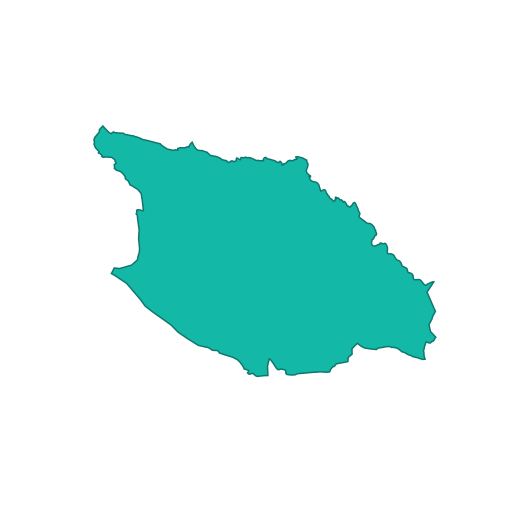 Vidra, Alba, Romania, rotated 27°
{"feature_id": "2599482B12532638103294", "entity_name": "Vidra", "entity_type": "district", "adm_level": 2, "iso_a3": "ROU", "parent_name": "Romania", "parent_adm1": "Alba", "projection": "robinson", "projection_center": [22.929, 46.365], "detail": "fine", "context": "isolated", "style": "filled", "palette": "teal", "viewbox_px": 512, "rotation_deg": 27, "n_neighbors": 0, "source": "geoboundaries", "source_scale": "gbopen_adm2", "svg_char_len": 6114}
<svg xmlns="http://www.w3.org/2000/svg" viewBox="0 0 512 512"><g transform="rotate(27 256 256)"><path d="M267.5,359.0L273.8,358.1L276.7,357.5L281.4,356.8L286.5,356.8L289.5,357.7L293.9,359.8L296.8,362.0L300.4,361.4L301.0,361.3L301.5,361.5L301.8,362.0L301.6,363.1L301.5,364.0L303.5,364.5L304.4,363.9L305.3,363.0L305.7,362.3L306.4,362.1L307.3,362.2L310.1,362.9L311.8,362.7L317.4,359.0L320.9,357.1L316.3,349.0L314.5,341.7L316.4,341.9L320.8,344.2L324.8,346.6L326.9,347.3L328.6,346.5L329.1,345.7L330.8,345.0L333.5,344.4L334.2,344.5L335.0,345.3L335.4,346.1L335.9,347.0L337.3,347.5L339.4,346.8L341.3,346.1L344.8,344.1L346.3,342.1L360.5,333.2L363.0,331.8L366.0,329.9L368.8,328.8L373.2,326.6L374.0,326.0L374.3,324.7L373.9,323.5L374.4,321.0L375.0,319.4L375.7,319.1L375.9,318.7L376.3,316.5L376.6,315.6L385.8,308.4L384.2,304.5L386.2,299.9L383.6,295.0L385.9,287.8L390.2,288.6L394.2,288.7L399.4,287.1L405.7,284.7L406.6,282.6L411.1,279.4L412.0,278.5L416.0,276.0L418.3,275.9L419.7,275.1L422.5,274.3L424.4,274.0L427.5,274.6L429.2,275.1L430.2,275.0L431.0,274.7L433.3,274.6L435.3,274.8L437.0,274.8L439.1,274.3L441.4,274.5L445.1,273.5L447.4,273.1L448.9,273.0L449.7,272.7L451.2,272.6L453.5,271.2L451.8,269.5L450.5,267.8L449.5,265.9L448.5,264.6L448.0,264.1L448.0,262.7L447.3,260.3L446.6,256.1L446.9,255.0L448.8,255.1L449.6,254.9L450.9,254.3L451.1,253.7L451.3,252.7L452.3,251.7L452.8,250.4L452.9,249.5L452.8,247.6L453.1,246.8L445.7,244.0L441.3,238.7L441.4,232.4L440.7,228.8L440.9,228.1L441.0,223.9L424.8,210.6L425.7,202.7L426.1,198.3L425.7,198.5L424.7,199.2L422.0,202.6L421.5,203.3L421.1,204.5L420.5,205.1L419.5,205.2L418.2,204.9L415.1,203.4L413.4,202.8L412.9,202.8L411.8,203.0L408.3,205.1L407.4,205.2L406.7,204.9L404.9,202.3L403.6,201.3L402.4,201.1L400.6,201.2L399.5,201.5L398.8,201.5L398.3,201.0L396.4,198.9L395.8,198.6L395.0,198.5L391.3,198.6L390.5,198.4L388.5,196.4L386.2,195.3L383.0,195.5L380.9,194.5L378.9,193.0L377.5,192.6L375.9,192.6L375.0,192.9L373.7,193.7L372.4,193.9L371.7,193.6L370.6,191.8L370.4,190.9L369.8,189.7L369.0,188.5L367.6,187.2L366.6,186.6L366.3,186.3L365.6,186.1L364.8,186.4L364.4,187.2L363.0,187.6L361.3,187.7L360.7,188.3L360.8,189.1L360.7,189.4L360.3,189.9L359.4,190.7L358.9,191.4L358.7,192.0L357.7,192.7L357.3,193.4L356.2,193.8L355.4,193.8L354.7,193.5L353.9,193.1L353.1,192.2L352.8,191.5L352.1,188.9L352.2,188.4L352.6,188.1L352.9,187.0L352.7,186.1L352.8,185.8L352.8,183.9L353.5,183.1L353.6,182.7L353.2,181.2L351.3,179.6L350.9,178.8L350.5,178.7L349.6,178.1L348.1,176.6L344.9,175.4L343.3,175.3L342.6,175.4L340.6,176.2L339.5,176.3L336.4,175.6L333.4,175.2L330.3,174.5L329.7,173.9L329.5,171.5L329.2,170.9L326.8,169.2L325.1,167.3L323.8,166.5L322.4,165.3L321.3,164.4L319.7,163.5L318.7,164.5L318.6,165.5L318.4,166.3L318.5,167.4L318.4,167.8L318.0,168.1L318.0,168.9L317.4,169.9L316.8,169.9L315.7,169.6L315.3,169.9L314.8,170.1L314.3,169.9L312.9,168.6L311.0,167.6L310.3,167.3L309.6,167.5L309.4,168.2L309.1,168.2L306.8,167.2L306.2,167.4L305.9,167.8L304.8,167.6L303.4,167.0L303.0,167.0L302.3,167.3L300.5,167.3L300.2,167.5L300.3,168.2L301.4,168.6L301.1,169.1L300.9,169.8L300.9,170.5L301.3,171.0L300.4,172.0L298.2,171.4L297.7,171.0L296.2,171.1L295.1,170.7L294.0,169.7L293.5,169.5L292.9,169.5L292.0,169.0L291.8,168.7L290.1,167.8L288.0,166.0L287.3,165.9L286.9,166.0L285.9,166.6L284.8,168.1L284.2,168.7L281.1,165.7L280.1,164.5L279.2,163.8L276.8,162.9L271.7,164.0L269.6,163.4L268.6,162.5L267.5,161.3L268.6,160.8L268.3,160.0L265.4,159.5L263.3,158.6L262.7,158.0L262.0,156.7L261.6,155.0L261.6,153.5L260.7,150.6L259.6,149.7L258.1,148.7L257.8,147.6L253.1,147.5L248.0,148.6L246.5,149.7L247.4,150.4L248.6,151.1L248.3,151.4L246.6,152.6L245.7,154.2L244.8,154.7L243.1,155.3L242.4,155.7L242.0,156.0L241.4,156.8L240.6,159.2L240.6,159.5L240.3,160.1L238.8,161.3L238.6,161.8L238.6,162.7L238.3,163.0L237.8,162.8L236.5,161.4L235.3,160.8L234.4,160.7L234.2,160.9L233.9,161.7L233.8,162.4L233.6,162.7L233.3,162.7L232.0,162.8L229.5,162.6L224.0,163.6L223.0,164.0L221.6,164.3L221.1,163.9L220.1,163.7L219.2,164.2L218.9,164.7L218.7,165.2L218.7,166.7L219.0,167.4L219.3,167.7L218.8,168.1L217.8,168.4L217.0,169.0L214.0,170.1L212.8,170.8L212.1,170.9L211.7,170.8L207.4,170.9L205.3,171.4L203.0,172.7L202.7,172.6L202.0,172.6L201.3,173.2L201.2,173.6L200.8,173.9L200.1,174.1L199.9,174.4L198.4,174.7L198.0,175.1L198.1,176.1L198.3,176.7L198.2,177.5L194.5,177.3L194.2,177.7L195.0,180.1L195.0,180.5L194.5,181.0L194.0,181.2L193.7,181.9L192.3,182.1L191.4,182.0L190.9,182.5L190.6,183.0L190.7,183.3L189.4,184.8L188.7,185.2L186.2,184.5L182.2,185.6L180.3,185.2L177.2,185.2L174.7,185.5L173.6,186.1L172.7,186.2L170.5,186.8L169.9,187.2L165.4,185.8L159.7,186.6L159.1,187.1L158.1,187.5L156.9,187.9L155.7,188.1L154.7,188.0L151.4,186.6L147.5,183.6L146.8,185.3L146.5,188.5L146.7,189.3L146.0,189.4L144.6,190.5L143.4,192.0L139.4,193.9L137.4,195.8L137.7,196.5L138.3,197.2L135.4,198.3L134.7,199.3L128.4,201.0L122.0,200.3L119.6,199.5L115.7,200.5L107.6,202.2L101.9,203.7L100.0,203.6L97.8,203.9L95.8,204.0L94.8,204.4L92.2,204.6L90.0,205.5L87.5,206.1L85.0,206.9L83.6,207.2L82.2,206.8L81.6,207.0L80.9,207.4L74.6,210.1L72.6,210.2L71.4,212.7L68.9,212.7L65.0,211.4L60.5,209.7L59.1,214.5L59.4,215.1L59.8,216.2L60.1,216.6L60.1,217.1L59.5,219.1L58.9,222.0L58.6,222.9L58.5,224.3L59.0,226.4L59.6,226.9L60.8,228.6L60.7,229.0L60.8,229.7L63.7,232.4L68.3,234.1L68.7,234.3L68.7,235.5L69.0,235.8L70.0,235.5L73.0,236.2L73.4,236.5L73.4,237.4L75.5,237.3L76.9,236.0L81.3,234.3L82.6,233.6L86.5,234.3L86.9,234.6L87.3,235.5L88.8,236.4L89.0,237.3L88.2,238.8L89.1,240.4L89.7,241.1L90.0,241.8L90.1,242.3L92.9,242.9L96.8,242.2L100.2,243.1L103.7,244.8L104.1,246.1L104.9,246.6L105.8,246.8L107.9,247.0L111.7,249.9L113.1,249.7L120.6,250.4L125.3,252.4L129.5,258.2L135.1,266.7L133.2,267.5L131.6,267.6L129.2,268.8L129.0,269.6L130.0,271.1L130.1,272.9L131.1,273.2L131.9,273.8L133.7,276.7L140.1,285.9L143.5,293.8L148.7,301.9L150.3,305.5L151.2,310.4L152.1,313.3L149.3,320.6L140.2,329.1L135.2,331.0L135.1,337.3L139.6,337.5L153.1,339.1L172.6,347.2L180.1,351.0L189.1,352.7L211.5,356.0L221.4,359.3L233.3,360.8L245.3,361.8L255.5,359.2L259.9,359.8L264.8,357.7L267.5,359.0Z" fill="#14b8a6" stroke="#0f766e" stroke-width="1.5"/></g></svg>